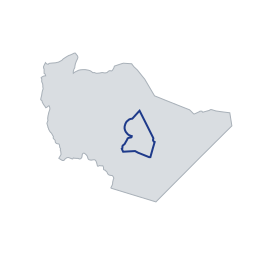 location of Borkou, Borkou, Chad, rotated 107°
{"feature_id": "50815135B4564368173337", "entity_name": "Borkou", "entity_type": "district", "adm_level": 2, "iso_a3": "TCD", "parent_name": "Chad", "parent_adm1": "Borkou", "projection": "mercator", "projection_center": [19.353, 16.669], "detail": "fine", "context": "in_parent", "style": "outline", "palette": "blue", "viewbox_px": 256, "rotation_deg": 107, "n_neighbors": 0, "source": "geoboundaries", "source_scale": "gbopen_adm2", "svg_char_len": 4189}
<svg xmlns="http://www.w3.org/2000/svg" viewBox="0 0 256 256"><g transform="rotate(107 128 128)"><path d="M190.5,79.7L190.5,85.3L190.5,90.9L190.5,96.5L190.5,102.0L190.5,107.6L190.5,113.1L190.5,118.6L190.5,124.1L190.5,126.0L190.4,126.7L190.3,126.8L190.1,126.9L187.2,126.4L186.0,126.4L184.3,126.8L181.7,127.0L180.1,126.9L178.9,127.9L178.1,129.0L178.5,131.7L178.4,132.6L178.0,133.6L177.3,134.4L176.5,135.0L176.0,135.6L175.5,136.8L175.0,137.4L175.1,138.2L174.9,139.0L174.5,139.4L173.3,139.7L172.5,140.1L171.9,140.7L171.5,141.1L171.7,141.7L172.0,142.4L172.2,143.6L172.3,144.4L172.9,144.9L173.2,145.3L173.4,145.8L173.0,146.3L171.6,147.1L171.0,147.5L170.3,147.9L170.1,148.1L169.0,148.9L168.5,149.7L168.2,150.3L168.2,151.1L168.8,152.4L169.4,153.5L169.6,154.3L169.7,155.2L169.7,156.0L169.4,156.8L168.8,157.4L166.9,158.7L165.9,160.0L165.1,161.7L164.9,162.6L165.1,163.2L165.5,163.7L166.1,163.9L167.0,164.0L168.4,163.7L169.7,163.6L171.2,164.2L171.9,165.6L171.6,166.6L172.1,168.4L172.6,170.6L172.6,171.4L172.8,171.6L173.7,171.8L173.9,172.3L173.6,176.2L174.0,177.3L174.6,178.1L175.2,178.5L175.9,179.0L176.3,179.3L177.0,179.4L177.9,180.1L178.2,181.1L178.1,182.0L177.6,183.9L177.2,185.3L176.7,185.2L175.6,184.9L174.4,184.6L172.8,184.3L171.4,184.9L169.8,185.6L169.3,186.1L168.8,186.4L168.1,186.3L167.5,186.4L167.1,186.9L166.6,187.5L164.3,188.6L163.8,189.0L163.5,189.4L163.5,189.9L163.7,190.8L163.7,191.9L163.2,192.9L162.6,193.5L161.9,193.7L161.4,193.9L161.0,194.2L159.8,196.3L159.3,196.7L158.2,196.7L155.2,199.8L154.9,200.7L153.8,202.1L152.4,203.5L151.2,204.2L151.1,204.5L150.7,204.8L150.0,205.1L147.3,206.9L144.1,206.8L142.7,207.5L141.3,207.8L139.3,208.1L138.7,208.1L136.1,208.3L133.1,208.2L131.9,208.5L130.9,209.1L130.0,209.7L129.9,209.9L130.0,210.2L130.0,210.4L132.1,211.8L132.7,212.5L132.1,213.2L131.9,213.3L131.5,213.9L130.3,215.5L128.4,217.5L127.4,218.0L127.0,218.4L126.5,219.7L126.2,219.8L124.9,220.0L122.3,220.1L118.8,220.6L116.7,220.7L115.3,220.6L113.5,221.5L112.8,221.7L112.4,221.8L110.6,222.6L109.0,224.0L108.5,224.2L106.3,224.8L105.5,225.7L105.1,225.8L103.7,224.6L102.8,223.5L102.3,222.4L102.2,222.0L101.2,222.6L100.6,223.1L100.3,224.2L98.0,224.9L96.1,225.5L95.3,226.3L93.9,226.7L92.2,226.5L90.9,226.2L89.6,226.1L90.2,225.1L90.5,224.4L90.5,223.5L90.4,222.9L89.7,222.6L89.2,222.2L88.0,219.4L86.9,216.5L85.3,213.7L83.5,211.9L82.3,210.8L81.8,210.7L81.2,210.3L80.7,210.0L78.4,208.1L76.0,205.9L75.4,205.0L74.2,203.5L72.8,202.0L72.1,201.3L71.8,200.1L72.7,199.0L73.7,197.5L74.9,196.6L76.5,196.5L79.1,196.9L82.0,197.1L84.8,196.8L85.5,196.6L86.2,196.6L87.7,196.9L90.3,196.8L91.7,196.3L90.2,195.3L88.7,193.7L87.2,192.1L86.3,190.5L85.5,188.5L84.7,186.1L84.3,182.9L84.3,181.1L84.6,179.8L85.4,177.7L84.8,176.5L84.9,175.5L84.9,174.1L84.6,173.3L83.6,170.9L83.4,170.6L82.5,168.9L82.1,166.1L81.1,164.2L79.4,163.3L78.5,162.2L78.2,160.3L77.5,159.8L74.9,159.1L72.8,159.1L71.2,156.9L69.2,154.1L67.4,151.4L66.2,146.2L65.5,143.2L66.3,142.3L67.8,140.1L69.8,136.0L74.2,129.6L76.4,126.3L80.9,121.4L86.4,115.4L89.5,112.0L90.0,105.8L90.6,99.2L91.0,94.2L91.5,88.3L91.9,83.3L92.2,79.7L92.6,74.5L93.0,73.6L95.2,69.5L95.3,69.0L94.9,68.3L91.8,64.8L90.9,64.1L90.3,62.3L91.1,61.2L87.4,55.4L86.5,54.7L86.1,54.0L86.0,53.0L86.0,48.9L85.0,42.6L83.7,35.1L88.0,33.0L91.3,31.4L95.6,29.3L99.5,31.4L105.2,34.5L110.9,37.5L116.6,40.6L122.3,43.6L127.9,46.6L133.6,49.7L139.3,52.7L145.0,55.7L150.7,58.7L156.4,61.7L162.0,64.7L167.7,67.7L173.4,70.7L179.1,73.7L184.8,76.7L190.5,79.7Z" fill="#d9dde1" stroke="#a8b0b8" stroke-width="1"/><path d="M142.2,126.1L143.7,126.4L143.8,126.4L144.4,126.6L146.2,127.8L147.0,128.0L148.0,127.7L149.1,127.5L149.6,127.7L149.7,127.8L150.8,126.9L152.1,125.7L150.0,120.0L148.0,114.5L148.7,111.0L149.7,99.2L149.3,98.1L140.9,98.3L133.6,98.4L133.5,99.3L133.2,99.7L132.5,100.4L131.5,100.7L130.6,100.7L130.2,100.9L117.7,112.8L108.1,122.0L109.7,122.8L117.8,126.6L118.6,128.2L119.4,129.3L122.3,131.2L124.5,131.7L127.3,131.7L129.3,131.2L130.5,130.5L131.2,130.0L132.1,129.2L132.4,128.9L133.7,126.9L133.9,126.7L134.4,125.4L134.6,124.3L134.6,123.6L134.7,123.1L134.7,122.8L134.6,122.1L135.0,122.0L135.4,121.9L136.1,122.3L137.2,124.5L138.1,125.3L139.7,125.5L142.2,126.1Z" fill="none" stroke="#1e3a8a" stroke-width="2"/></g></svg>